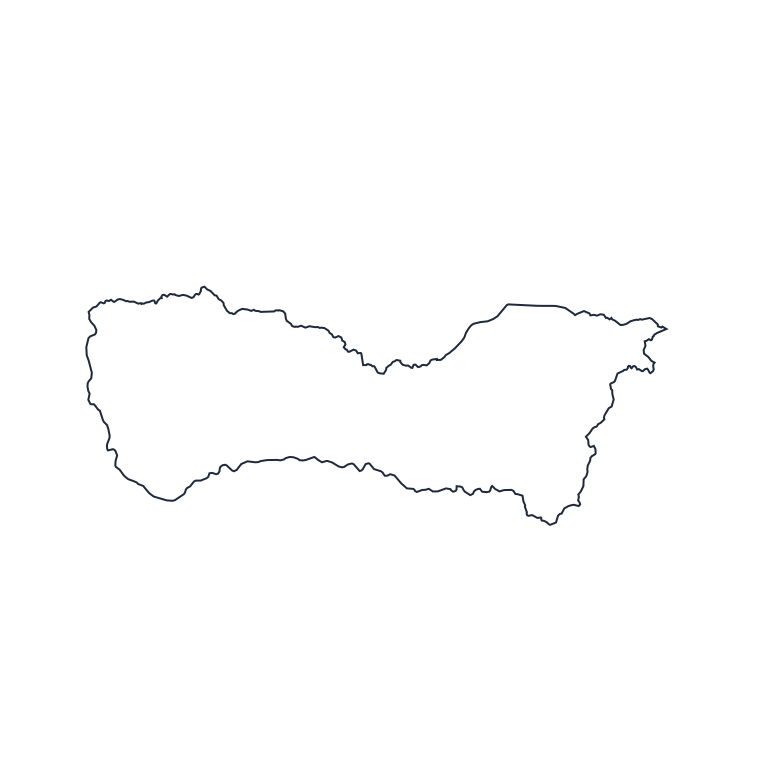 the district of Naupan, Puebla, Mexico, rotated 243°
{"feature_id": "50627088B34357013751850", "entity_name": "Naupan", "entity_type": "district", "adm_level": 2, "iso_a3": "MEX", "parent_name": "Mexico", "parent_adm1": "Puebla", "projection": "orthographic", "projection_center": [-98.102, 20.238], "detail": "fine", "context": "isolated", "style": "outline", "palette": "slate", "viewbox_px": 768, "rotation_deg": 243, "n_neighbors": 0, "source": "geoboundaries", "source_scale": "gbopen_adm2", "svg_char_len": 6166}
<svg xmlns="http://www.w3.org/2000/svg" viewBox="0 0 768 768"><g transform="rotate(243 384 384)"><path d="M280.2,634.8L283.3,632.7L288.0,631.8L292.9,629.5L296.3,630.7L299.3,634.3L303.7,635.7L303.3,637.4L303.7,640.4L301.8,641.6L301.7,642.2L302.6,643.6L304.2,645.0L304.2,646.1L305.2,647.2L305.5,650.5L304.8,660.6L308.8,658.0L308.4,656.8L311.1,654.2L312.8,655.0L319.9,652.4L322.2,650.7L324.3,642.9L325.5,641.7L325.7,639.5L326.5,638.6L327.3,635.9L328.0,632.1L327.5,627.2L328.3,623.5L329.2,621.5L335.5,618.6L338.2,616.5L339.6,616.6L339.2,614.3L341.7,613.0L342.1,611.7L345.9,611.3L347.9,608.4L348.2,604.8L350.3,602.5L351.4,599.1L353.6,599.1L358.2,595.3L358.8,588.1L358.6,585.5L360.3,585.0L369.4,580.1L375.7,572.3L383.9,556.4L398.5,530.9L398.5,529.1L392.8,515.8L392.3,510.9L392.8,504.9L395.5,497.6L397.0,491.1L396.7,488.4L395.3,485.1L392.3,480.2L388.9,476.6L386.9,472.7L383.7,463.7L381.9,456.1L381.7,452.2L380.5,449.7L379.7,445.6L381.4,442.0L382.3,442.5L383.8,438.3L383.9,436.3L382.0,433.7L381.2,430.5L383.2,427.7L383.6,426.0L383.1,424.8L383.2,423.5L383.6,422.0L386.9,420.9L387.4,420.0L387.6,419.0L385.5,416.6L386.1,415.7L389.5,413.9L390.4,411.8L392.8,409.3L396.0,408.5L397.3,409.1L399.7,406.1L399.4,403.8L399.7,401.9L398.2,398.8L398.0,396.1L397.2,393.2L395.7,392.4L393.3,388.4L395.4,385.1L397.0,383.6L403.6,383.5L404.4,383.3L405.0,381.7L407.1,381.0L407.4,380.1L408.8,379.1L409.3,378.0L408.8,377.0L410.3,374.0L421.1,377.5L422.2,377.4L423.3,374.6L426.4,374.3L428.4,372.6L428.5,367.4L429.2,366.6L431.6,366.4L432.3,365.5L435.0,364.8L436.8,367.6L437.9,367.9L439.4,368.0L441.7,366.5L444.8,367.1L447.4,365.2L447.5,361.7L448.7,360.2L451.9,360.1L454.0,358.8L456.8,358.7L460.8,356.4L462.7,353.7L463.1,352.3L464.9,350.7L465.9,348.4L469.3,343.8L469.9,339.6L473.6,336.5L474.1,333.0L475.2,331.6L475.3,330.5L477.0,328.8L477.8,328.3L479.6,328.5L484.5,326.0L486.8,326.2L491.5,327.9L492.2,327.8L494.5,327.2L497.3,324.2L497.4,323.1L498.1,322.4L498.8,320.7L498.5,319.1L504.3,306.7L505.5,305.9L507.6,302.6L509.2,301.7L509.4,298.9L512.2,296.3L515.3,291.8L515.5,287.6L514.9,284.3L514.3,283.6L514.5,282.3L514.7,281.5L516.1,280.7L517.1,278.8L520.5,277.3L527.0,277.0L529.0,277.8L532.3,276.9L534.7,275.2L538.8,274.9L539.9,273.4L545.8,271.6L548.3,269.5L552.2,268.2L552.7,265.2L551.6,263.9L550.1,263.2L547.9,260.1L547.9,259.3L549.3,258.2L549.5,257.5L549.3,256.1L547.9,253.8L547.9,251.8L552.5,248.1L554.7,245.2L555.6,241.1L558.1,238.4L559.0,238.2L559.8,236.1L560.9,235.2L561.3,233.9L560.3,230.4L563.3,228.6L563.8,227.1L562.8,225.2L561.5,224.9L562.0,223.7L561.1,220.5L559.2,217.7L559.5,217.0L560.3,216.8L561.6,217.2L562.9,216.9L563.5,215.1L563.6,211.9L564.6,209.0L564.6,206.4L565.3,205.5L565.4,204.2L566.4,204.1L567.2,201.5L570.9,198.6L572.8,194.6L574.4,193.1L575.0,191.6L577.3,189.9L579.3,187.6L580.2,185.5L579.6,181.2L580.0,180.4L583.0,179.0L582.8,176.5L584.4,174.7L584.3,173.4L583.1,172.1L583.1,170.9L585.5,168.7L585.5,167.8L583.6,162.9L584.2,159.3L582.3,153.5L579.4,152.9L575.8,150.9L572.1,151.1L567.4,152.4L562.7,152.2L560.4,150.7L559.4,148.9L559.8,143.9L559.1,141.6L552.0,135.5L544.6,132.2L539.0,131.5L526.7,128.8L521.9,125.7L520.5,122.1L518.9,120.1L516.0,118.5L512.1,117.4L509.0,117.3L504.2,113.4L499.6,113.3L498.4,114.5L498.1,115.7L497.3,116.5L490.9,117.7L489.2,118.7L479.6,117.2L477.3,117.2L473.2,118.6L468.9,117.9L462.8,116.2L460.6,115.0L456.2,110.1L454.6,109.0L451.5,107.8L450.1,108.0L449.0,112.9L447.7,113.9L446.2,114.3L441.5,113.8L437.3,109.9L433.7,107.8L432.1,107.4L427.5,109.6L420.6,110.7L418.4,111.5L415.3,112.9L410.6,117.3L408.4,119.0L406.8,119.4L402.4,123.2L393.7,125.1L388.3,127.7L379.0,137.5L375.9,142.6L375.4,144.9L376.7,155.6L377.4,157.1L379.8,159.5L380.7,161.2L380.8,164.7L383.4,170.5L383.4,172.4L381.2,176.7L380.6,183.1L381.1,185.3L383.7,188.0L382.8,190.6L379.9,193.4L379.5,195.4L380.7,197.6L383.8,199.7L384.6,201.0L384.9,203.3L384.1,205.9L382.8,206.9L375.9,209.4L374.4,210.7L374.3,213.7L377.5,220.5L377.1,227.2L372.6,233.9L371.5,236.6L371.3,239.2L369.3,245.3L365.0,254.1L363.0,257.1L362.2,260.7L362.6,262.6L361.8,266.8L359.9,270.0L356.4,273.3L354.3,274.3L352.6,277.3L351.8,279.9L350.6,288.9L345.9,291.0L342.4,293.2L341.6,297.6L340.9,298.9L337.7,302.1L331.1,306.2L328.9,308.6L328.2,310.7L328.7,315.3L327.9,318.9L327.3,319.8L326.2,320.6L317.5,322.8L317.2,324.6L317.8,326.6L321.0,331.3L320.5,333.9L319.8,334.9L312.7,336.5L307.5,341.8L305.6,342.6L302.0,343.0L300.8,345.2L300.8,348.6L297.6,351.9L287.8,354.2L280.6,357.0L277.3,362.4L276.1,363.1L274.6,363.1L272.9,364.2L272.2,370.0L270.9,373.0L270.3,376.3L266.0,378.8L263.9,383.2L262.8,391.9L260.2,395.4L258.3,395.8L256.8,396.6L256.3,398.0L256.3,399.6L257.1,400.7L259.9,402.3L258.2,405.2L256.4,406.8L253.0,406.8L251.3,407.2L245.8,410.4L245.8,413.5L247.5,415.4L248.0,417.4L247.8,420.1L247.1,421.9L243.7,422.5L242.6,423.6L242.1,425.0L241.0,426.3L240.3,429.0L241.0,430.4L243.4,432.6L244.0,434.1L239.9,435.4L235.8,438.3L235.1,442.5L231.8,449.5L230.0,450.8L226.3,451.2L225.3,452.9L221.6,456.7L216.0,454.9L211.7,454.7L210.8,453.8L204.8,453.1L204.0,452.3L202.1,452.0L201.0,452.8L199.9,456.5L194.9,460.0L193.9,463.1L193.3,463.3L191.6,462.5L190.6,462.7L189.4,464.5L186.8,466.3L184.1,467.3L183.2,467.9L183.0,468.8L182.5,474.4L187.6,479.2L188.4,481.8L187.9,483.4L191.3,488.2L191.5,492.8L191.0,495.7L190.2,498.3L186.9,502.0L187.6,504.1L189.8,504.5L192.1,504.1L194.9,506.4L197.3,507.0L199.0,510.7L202.5,515.3L208.4,518.6L210.0,522.3L211.5,523.9L213.5,525.6L215.6,526.3L218.8,528.5L222.0,532.8L224.5,534.4L225.3,536.4L225.6,540.3L226.3,541.2L229.9,542.8L233.5,542.9L234.0,539.6L235.0,538.8L237.1,538.7L241.4,540.5L245.3,539.9L247.0,545.0L249.7,549.8L249.9,552.1L249.5,554.1L251.0,556.6L251.0,559.3L252.5,564.4L254.1,564.6L256.1,566.4L260.4,573.3L260.6,576.6L265.9,581.6L271.7,583.0L274.8,584.5L276.4,584.0L281.1,585.4L281.5,586.7L281.3,589.8L281.9,591.2L287.3,596.8L287.1,603.0L287.5,604.5L286.6,606.6L287.4,608.4L288.7,609.3L289.0,610.4L288.4,611.3L286.6,611.2L285.6,611.8L286.6,613.4L286.5,614.9L286.0,615.6L284.3,616.2L282.0,616.1L281.6,617.8L278.4,619.6L277.9,620.6L278.7,623.1L278.3,625.3L277.0,625.8L273.5,625.8L272.7,626.3L273.3,629.4L274.5,630.9L278.0,632.1L279.5,633.2L280.2,634.8Z" fill="none" stroke="#1e293b" stroke-width="2"/></g></svg>